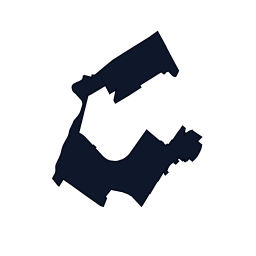 Faurei, Braila, Romania, rotated 314°
{"feature_id": "2599482B41579129284084", "entity_name": "Faurei", "entity_type": "district", "adm_level": 2, "iso_a3": "ROU", "parent_name": "Romania", "parent_adm1": "Braila", "projection": "robinson", "projection_center": [27.267, 45.105], "detail": "fine", "context": "isolated", "style": "filled", "palette": "ink", "viewbox_px": 256, "rotation_deg": 314, "n_neighbors": 0, "source": "geoboundaries", "source_scale": "gbopen_adm2", "svg_char_len": 3249}
<svg xmlns="http://www.w3.org/2000/svg" viewBox="0 0 256 256"><g transform="rotate(314 128 128)"><path d="M192.1,116.3L195.3,116.3L196.0,116.7L197.3,117.5L197.0,123.3L197.3,125.0L197.8,125.9L198.5,126.3L204.1,124.5L205.3,120.8L208.7,110.2L212.4,98.8L212.6,98.8L217.7,82.4L207.6,80.6L206.2,80.2L193.9,77.1L180.3,73.7L166.4,70.3L156.4,69.1L142.9,67.7L141.8,66.3L141.5,66.0L141.2,65.6L139.1,66.8L139.0,66.7L135.3,60.3L134.5,59.9L133.4,60.8L131.6,61.7L130.9,61.7L130.2,61.7L126.9,60.8L125.4,59.9L123.5,59.4L121.9,58.7L120.1,58.8L119.5,59.1L118.8,59.4L118.0,60.4L116.8,62.4L116.5,63.8L116.7,65.4L116.8,66.6L116.6,68.7L116.5,71.0L116.2,74.5L116.0,76.0L115.4,77.3L114.0,79.1L111.9,80.3L111.1,80.7L110.3,81.1L107.4,82.6L105.7,83.3L104.2,83.6L102.0,84.1L99.6,84.2L96.9,84.4L96.4,84.4L95.3,84.6L92.9,85.6L89.9,86.6L86.7,87.6L84.9,88.6L82.7,90.0L80.8,90.9L78.2,91.7L75.3,92.4L72.9,93.1L70.7,93.8L69.0,94.5L67.1,95.5L65.0,96.8L62.2,98.3L59.1,99.5L56.0,100.5L54.6,101.0L54.1,101.1L52.4,101.8L51.0,102.4L49.9,103.3L48.8,104.5L47.7,105.6L46.6,106.5L45.1,107.3L44.6,107.5L42.9,108.0L41.1,108.5L39.5,109.0L39.4,109.9L38.7,115.2L38.4,117.1L38.3,118.0L38.5,118.4L41.3,117.8L45.9,116.8L46.5,116.8L47.1,120.9L47.8,125.0L51.0,147.0L51.8,151.9L53.4,162.1L54.5,164.5L62.5,161.2L62.2,159.2L72.3,158.2L72.4,158.4L73.8,161.0L74.9,162.5L75.0,162.6L77.7,167.0L78.3,167.5L78.5,167.9L78.6,168.4L80.5,172.8L81.0,173.9L81.5,176.5L81.8,177.2L82.0,177.6L81.3,191.9L82.3,191.7L88.1,190.4L96.0,188.6L96.2,189.1L109.1,186.0L110.9,186.2L120.3,184.0L121.3,183.9L121.4,184.1L120.3,187.3L123.8,187.5L124.2,184.4L125.1,184.4L125.3,184.9L125.9,184.8L125.9,184.3L126.0,184.3L128.0,184.0L128.9,183.7L131.2,183.5L133.6,183.7L134.3,183.9L135.7,183.8L136.0,185.5L135.1,185.6L135.3,187.0L136.4,186.8L136.4,187.3L139.2,187.3L138.8,185.4L142.1,185.0L142.5,189.9L144.4,189.7L144.4,190.7L143.5,190.7L143.4,190.8L143.5,192.4L143.6,192.5L145.1,192.6L145.4,193.1L148.6,192.9L149.0,195.8L149.1,197.2L151.4,197.2L152.9,197.3L155.7,197.1L159.5,196.1L160.1,195.9L162.0,195.3L164.4,194.2L166.9,192.6L166.4,186.9L170.0,187.1L172.5,187.1L171.3,180.6L170.6,176.4L170.6,176.1L170.8,175.8L168.8,174.7L164.1,173.6L161.9,173.4L164.2,172.8L163.8,171.6L166.1,170.1L167.0,169.5L167.2,169.3L167.3,168.9L167.1,166.1L164.1,166.7L159.3,167.3L150.1,168.9L149.9,168.2L144.3,169.1L143.7,168.0L143.2,167.5L141.9,167.5L141.6,167.2L141.5,166.5L141.2,165.9L140.5,165.0L141.4,164.5L141.7,164.2L141.4,160.8L140.4,160.8L139.9,152.7L139.6,149.0L139.3,144.4L139.3,143.4L139.3,143.1L126.2,145.1L113.3,147.1L110.8,147.5L108.1,147.6L104.8,147.2L103.3,146.9L101.6,146.4L97.2,144.1L94.9,142.3L91.5,137.8L90.2,134.7L90.1,134.1L89.9,132.2L89.7,130.7L89.8,127.9L90.1,122.9L90.4,117.9L91.6,118.0L91.5,115.3L90.6,115.4L91.1,105.8L91.2,103.7L91.2,101.6L90.9,99.5L90.7,98.3L89.9,95.9L90.7,95.4L92.7,94.3L94.6,93.2L96.6,92.0L98.5,90.9L100.5,89.8L102.5,88.6L106.4,86.3L109.3,84.6L109.6,84.4L110.2,84.1L111.0,83.7L117.4,79.9L123.5,76.4L126.8,77.6L134.3,79.6L134.5,79.6L135.0,79.6L135.4,79.7L135.3,79.9L143.2,82.0L141.2,88.1L140.4,90.7L140.3,90.8L147.6,92.8L138.3,98.8L137.4,101.5L152.4,105.6L156.4,106.5L166.1,108.8L166.7,106.5L171.0,107.5L189.0,112.0L191.6,112.7L192.0,115.9L192.1,116.3Z" fill="#0f172a" stroke="#020617" stroke-width="1.5"/></g></svg>